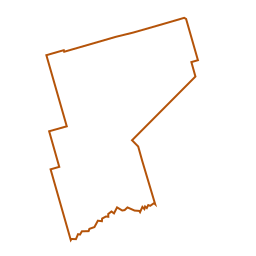 Harding, New Mexico, United States of America, rotated 254°
{"feature_id": "52423323B19647593546846", "entity_name": "Harding", "entity_type": "district", "adm_level": 2, "iso_a3": "USA", "parent_name": "United States of America", "parent_adm1": "New Mexico", "projection": "robinson", "projection_center": [-104.115, 35.804], "detail": "fine", "context": "isolated", "style": "outline", "palette": "amber", "viewbox_px": 256, "rotation_deg": 254, "n_neighbors": 0, "source": "geoboundaries", "source_scale": "gbopen_adm2", "svg_char_len": 718}
<svg xmlns="http://www.w3.org/2000/svg" viewBox="0 0 256 256"><g transform="rotate(254 128 128)"><path d="M109.6,42.2L36.0,42.1L36.9,43.1L35.5,47.3L39.7,50.7L38.8,52.5L41.4,55.2L39.7,61.7L41.7,63.1L42.0,68.4L47.2,73.5L45.6,77.2L48.1,78.2L49.0,82.4L48.1,84.6L50.8,85.3L52.3,89.1L49.8,91.0L54.7,95.6L50.3,99.7L50.0,102.1L51.8,105.6L46.8,111.6L45.2,116.0L43.8,116.4L48.2,120.1L45.6,121.4L47.8,122.8L45.9,124.0L48.3,126.2L47.1,127.9L48.6,132.3L47.3,133.1L92.6,132.6L107.4,132.7L115.1,128.5L158.9,207.0L173.9,207.1L173.9,213.9L216.8,213.9L218.4,212.4L218.3,192.1L218.3,159.4L219.0,141.4L218.9,87.7L220.5,87.7L220.5,69.6L146.5,69.6L146.6,51.3L109.6,51.2L109.6,42.2Z" fill="none" stroke="#b45309" stroke-width="2"/></g></svg>